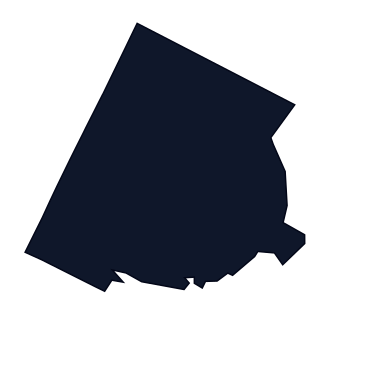 the district of Lincoln, Tennessee, United States of America, rotated 116°
{"feature_id": "52423323B92383596242389", "entity_name": "Lincoln", "entity_type": "district", "adm_level": 2, "iso_a3": "USA", "parent_name": "United States of America", "parent_adm1": "Tennessee", "projection": "equal_earth", "projection_center": [-86.542, 35.181], "detail": "fine", "context": "isolated", "style": "filled", "palette": "ink", "viewbox_px": 384, "rotation_deg": 116, "n_neighbors": 0, "source": "geoboundaries", "source_scale": "gbopen_adm2", "svg_char_len": 784}
<svg xmlns="http://www.w3.org/2000/svg" viewBox="0 0 384 384"><g transform="rotate(116 192 192)"><path d="M90.4,315.1L142.6,315.0L143.0,315.0L144.2,315.1L145.9,315.1L151.5,315.2L160.4,315.3L160.5,315.3L180.8,315.6L186.3,315.6L195.0,315.7L202.6,315.8L216.0,315.9L221.2,315.9L245.9,315.9L262.6,315.7L280.7,315.3L319.3,315.6L318.8,297.4L319.5,237.5L319.5,227.0L306.4,225.4L303.2,214.3L297.0,229.5L293.7,215.8L294.7,197.9L283.1,156.4L275.1,154.6L272.3,161.1L267.5,152.6L273.0,149.9L273.8,140.7L266.4,140.7L261.0,130.4L249.2,124.3L249.1,119.0L222.5,107.4L216.6,106.8L210.6,91.2L217.6,78.6L188.9,68.1L181.1,72.0L179.6,96.7L162.5,100.6L132.7,117.3L113.7,139.8L108.6,145.0L68.6,137.9L64.5,315.2L72.2,315.2L90.4,315.1L90.4,315.1Z" fill="#0f172a" stroke="#020617" stroke-width="1.5"/></g></svg>